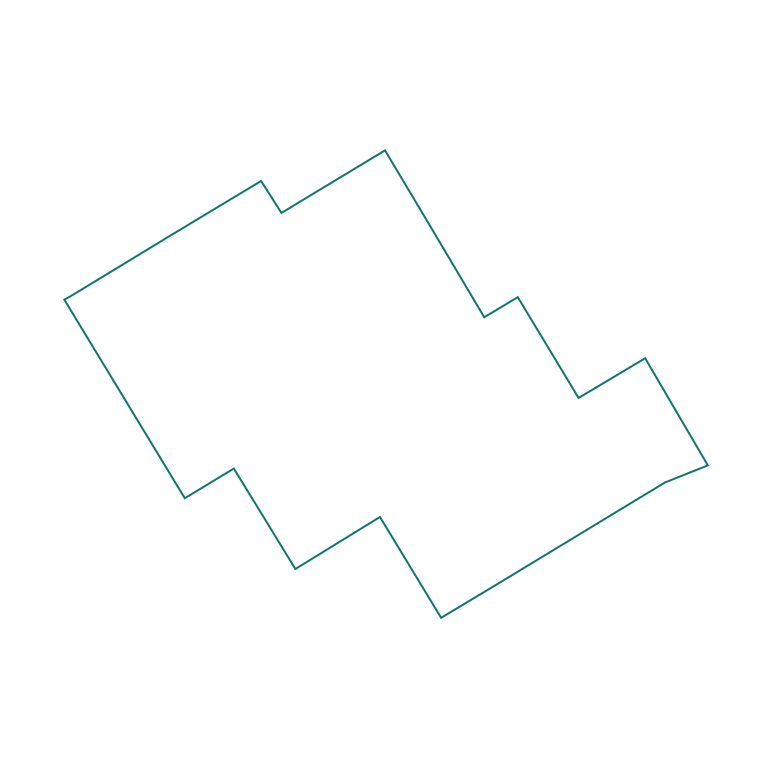 the district of Perry, Ohio, United States of America, rotated 145°
{"feature_id": "52423323B79068710555574", "entity_name": "Perry", "entity_type": "district", "adm_level": 2, "iso_a3": "USA", "parent_name": "United States of America", "parent_adm1": "Ohio", "projection": "orthographic", "projection_center": [-82.25, 39.74], "detail": "fine", "context": "isolated", "style": "outline", "palette": "teal", "viewbox_px": 768, "rotation_deg": 145, "n_neighbors": 0, "source": "geoboundaries", "source_scale": "gbopen_adm2", "svg_char_len": 418}
<svg xmlns="http://www.w3.org/2000/svg" viewBox="0 0 768 768"><g transform="rotate(145 384 384)"><path d="M254.8,497.5L249.2,574.8L369.9,583.0L368.2,620.8L475.1,628.2L589.4,635.6L597.5,636.4L612.7,404.7L555.5,400.9L559.0,343.4L562.7,283.3L463.6,277.4L471.3,159.7L398.4,154.6L210.3,142.2L165.4,131.6L155.3,255.3L232.6,261.0L224.6,378.4L263.6,381.2L254.8,497.5Z" fill="none" stroke="#0f766e" stroke-width="2"/></g></svg>